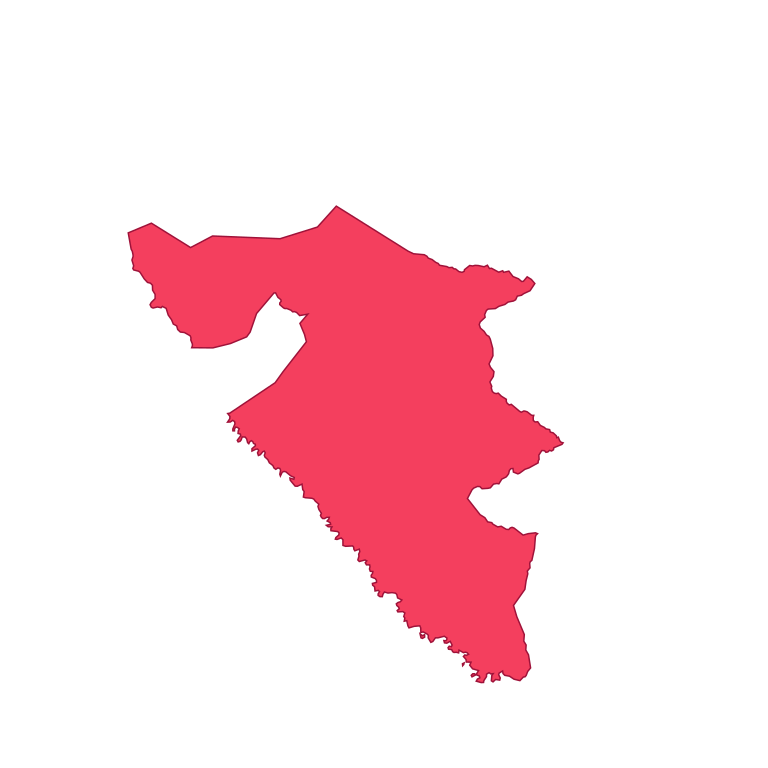 the district of Brasiléia, Acre, Brazil, rotated 39°
{"feature_id": "56859067B75567329217000", "entity_name": "Brasiléia", "entity_type": "district", "adm_level": 2, "iso_a3": "BRA", "parent_name": "Brazil", "parent_adm1": "Acre", "projection": "orthographic", "projection_center": [-69.109, -10.703], "detail": "fine", "context": "isolated", "style": "filled", "palette": "rose", "viewbox_px": 768, "rotation_deg": 39, "n_neighbors": 0, "source": "geoboundaries", "source_scale": "gbopen_adm2", "svg_char_len": 6172}
<svg xmlns="http://www.w3.org/2000/svg" viewBox="0 0 768 768"><g transform="rotate(39 384 384)"><path d="M281.1,505.3L284.6,506.1L286.0,508.0L286.4,512.1L288.5,510.2L289.3,507.5L291.5,507.2L293.2,508.7L294.8,514.1L296.0,515.5L297.3,514.5L296.1,513.0L295.9,510.8L297.5,510.0L299.7,509.9L300.2,512.1L301.7,514.3L303.9,513.3L305.2,514.4L305.4,520.1L307.1,520.8L308.2,519.2L308.2,517.3L307.1,514.4L309.5,512.6L311.8,513.1L314.9,515.4L316.5,515.5L316.0,513.2L316.6,511.5L318.4,511.4L320.0,512.3L321.9,511.8L322.9,512.9L322.1,517.4L323.6,519.2L325.5,515.3L326.7,514.1L328.4,514.4L329.0,517.1L331.4,518.6L332.4,516.7L332.4,512.9L333.2,511.5L335.0,512.2L335.8,514.7L337.4,515.7L341.3,515.9L344.5,517.4L348.9,517.3L351.4,518.5L353.6,518.4L354.4,516.0L356.2,515.2L357.9,516.1L359.8,519.7L361.4,520.7L360.4,516.6L361.3,514.9L363.0,514.0L369.2,514.1L373.1,513.1L373.9,514.8L370.1,516.3L371.7,517.8L379.2,519.3L381.0,518.0L383.3,513.4L387.3,517.2L389.6,517.8L392.5,522.6L394.4,521.9L399.8,518.2L401.8,517.6L404.4,518.3L408.9,518.4L409.7,520.7L412.4,522.5L416.7,523.9L417.3,526.1L419.0,526.9L420.9,527.2L422.4,526.1L423.4,523.7L425.4,522.0L426.1,523.8L426.0,526.3L429.5,525.6L430.8,526.6L428.1,530.1L430.4,530.1L433.5,527.8L433.8,530.0L435.1,531.4L440.9,527.8L442.8,528.0L443.9,529.8L443.2,533.6L443.8,535.2L445.3,534.4L447.6,530.6L450.0,530.8L453.7,535.3L456.3,534.3L461.5,529.6L463.1,529.9L464.6,531.4L466.3,532.0L468.7,527.9L470.7,529.5L471.4,532.2L472.9,533.6L474.4,537.2L476.5,537.5L480.0,532.7L481.9,532.3L481.9,534.7L484.2,535.6L486.7,533.6L488.2,534.9L489.1,536.9L491.2,538.2L493.3,536.7L494.3,538.5L494.4,540.7L495.6,542.0L499.7,540.7L501.7,541.3L503.0,542.9L500.5,546.3L501.8,547.5L504.2,547.5L507.3,550.5L509.4,548.0L511.2,548.2L511.5,550.8L512.5,552.0L514.7,551.8L516.5,550.3L515.5,548.1L515.2,545.4L518.6,544.0L521.5,541.1L524.6,539.3L526.4,539.5L529.2,541.7L533.8,540.6L533.7,543.0L532.4,544.9L531.9,547.1L533.4,548.1L535.8,548.2L537.3,549.1L536.8,551.8L538.2,552.4L541.9,549.0L544.3,548.8L545.7,552.3L547.4,552.7L549.0,555.6L550.6,553.6L554.8,556.9L556.9,557.8L559.9,553.4L564.0,549.4L566.1,550.5L569.0,553.9L570.5,552.0L574.7,551.2L576.6,551.4L578.1,553.5L583.0,555.3L584.0,553.4L583.7,548.9L585.7,547.3L589.6,542.1L592.7,541.8L593.6,543.0L593.7,544.6L592.0,545.7L593.9,547.1L595.9,545.9L597.4,542.3L601.2,544.0L601.7,545.7L599.7,546.7L599.7,548.6L601.1,549.5L603.7,547.8L605.8,548.8L607.3,548.6L609.0,547.0L611.2,546.0L609.8,543.6L614.8,542.8L616.1,541.1L617.7,540.5L619.8,540.8L618.9,542.9L617.3,543.7L617.2,545.8L621.2,546.5L622.9,548.3L626.7,545.4L627.6,548.6L632.1,549.6L637.8,547.2L638.5,552.0L641.8,550.9L643.4,552.0L642.3,554.5L642.7,556.9L647.4,554.9L649.2,553.3L648.3,551.8L647.8,546.9L646.3,545.0L647.3,542.2L649.4,542.1L651.1,540.4L651.2,542.6L654.2,547.1L656.2,546.9L656.7,543.4L660.3,541.3L659.3,539.3L656.1,537.8L655.4,536.2L656.8,532.4L658.7,534.1L661.2,534.4L665.4,532.1L670.8,531.6L676.3,529.0L676.7,524.1L677.9,522.7L677.9,521.0L676.6,517.0L676.6,512.4L666.7,503.5L661.6,501.5L658.7,497.4L654.5,495.9L650.7,490.4L633.7,481.3L624.0,474.6L622.7,454.9L618.2,447.4L615.2,441.0L613.1,439.2L613.2,435.0L610.1,431.7L609.5,430.1L609.9,428.0L604.5,417.2L597.9,407.6L597.2,405.9L597.5,403.7L595.4,404.3L590.3,409.5L587.2,413.9L575.7,414.1L573.7,414.8L572.7,416.4L572.5,418.6L570.4,420.0L564.6,420.8L562.3,423.5L556.9,424.4L555.0,423.9L551.3,425.9L546.5,424.4L540.9,425.1L520.9,420.5L519.0,410.9L519.2,408.5L521.1,404.8L523.1,403.4L526.1,403.7L530.4,399.7L532.0,397.7L532.1,392.9L534.3,390.3L536.1,389.3L535.4,383.8L537.4,379.5L537.5,377.8L537.3,375.3L535.8,372.2L535.9,370.0L537.4,368.5L540.0,371.0L544.6,369.6L545.5,368.0L547.2,361.6L549.5,357.9L553.4,348.3L552.2,346.6L552.0,345.0L549.1,341.8L548.5,336.4L550.7,334.8L552.8,335.2L554.1,333.7L554.4,331.4L556.4,330.6L557.1,328.5L556.1,326.6L560.3,318.9L560.2,317.0L558.3,317.8L556.2,317.5L552.9,315.6L552.1,317.0L550.5,315.8L546.2,315.5L543.5,316.7L541.4,315.2L538.0,317.0L536.0,316.8L531.6,317.8L527.2,316.6L525.4,318.4L523.0,318.4L520.9,316.0L520.1,314.1L518.5,315.4L512.8,315.5L511.2,316.1L509.7,316.9L508.4,319.6L506.4,319.9L495.7,319.7L494.5,321.5L491.6,321.4L489.9,320.5L488.7,318.9L482.9,319.6L478.5,319.2L477.4,320.7L475.6,321.7L473.0,321.7L469.9,319.6L469.2,318.0L465.0,315.8L464.2,309.3L461.7,305.2L456.2,304.0L453.0,302.3L450.9,293.5L446.1,287.9L438.4,282.3L435.6,281.0L432.8,281.4L428.7,280.1L423.8,279.9L420.6,277.9L419.7,275.3L420.6,268.5L418.6,266.8L417.3,262.4L417.8,260.2L423.1,255.3L424.4,251.3L427.9,246.1L428.9,242.2L432.4,238.0L433.3,235.7L432.3,231.8L435.0,228.5L435.7,225.9L438.8,219.6L438.0,211.0L432.7,210.0L427.8,210.6L427.7,216.5L426.5,217.7L422.3,217.6L416.6,219.3L410.0,217.7L406.7,221.9L405.0,221.3L402.8,224.9L394.7,226.4L393.3,227.9L389.6,226.6L388.0,229.9L382.7,232.6L380.1,234.5L378.6,236.5L376.0,238.0L374.6,244.5L375.4,246.0L374.4,248.1L371.5,249.5L367.3,249.5L365.8,250.5L363.6,250.4L361.3,252.7L358.9,253.2L352.4,256.8L350.3,256.2L347.7,256.9L343.1,257.0L339.2,258.3L336.9,257.7L333.9,258.2L325.0,264.2L319.1,265.6L235.0,275.8L233.5,303.9L211.8,336.5L157.6,376.9L147.8,399.7L102.0,405.4L90.1,427.5L102.6,438.3L104.9,439.3L107.6,441.5L108.7,442.7L110.1,446.3L115.1,449.7L116.1,452.3L117.7,452.9L122.3,450.8L124.1,450.7L131.5,453.2L136.3,453.9L139.1,452.6L141.9,453.0L145.1,456.7L149.7,458.4L152.4,461.7L151.8,467.1L152.3,469.6L154.9,470.8L156.7,470.3L159.5,466.7L162.8,465.0L162.9,463.2L167.1,462.3L172.9,466.2L178.5,467.8L182.5,470.0L186.3,469.3L189.4,471.5L193.0,471.8L196.5,469.6L203.0,468.5L204.8,469.5L206.2,471.4L209.9,473.5L211.1,475.0L211.7,476.8L228.3,463.6L239.2,449.2L247.6,433.8L247.3,427.9L240.6,409.4L241.2,382.5L242.4,381.4L247.0,383.4L250.7,383.4L252.0,384.4L252.0,386.6L253.0,387.9L258.1,388.1L259.6,387.7L260.9,386.5L265.3,385.2L267.6,385.4L269.0,384.0L271.1,383.4L275.4,383.9L280.8,377.7L280.5,389.8L291.0,395.5L297.1,400.0L297.8,437.9L298.6,451.5L282.5,503.7L281.1,505.3ZM574.0,557.5L574.9,555.1L573.3,553.3L572.2,555.4L569.3,555.5L572.5,558.0L574.0,557.5ZM638.5,552.0L636.5,552.3L635.3,553.4L635.1,555.5L636.7,556.2L638.5,552.0ZM622.5,551.8L621.8,550.4L621.0,552.0L622.4,553.4L622.5,551.8Z" fill="#f43f5e" stroke="#9f1239" stroke-width="1.5"/></g></svg>